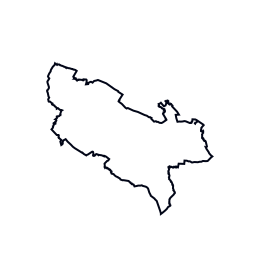 Sanduleni, Bacau, Romania, rotated 62°
{"feature_id": "2599482B49550727652052", "entity_name": "Sanduleni", "entity_type": "district", "adm_level": 2, "iso_a3": "ROU", "parent_name": "Romania", "parent_adm1": "Bacau", "projection": "mercator", "projection_center": [26.744, 46.458], "detail": "fine", "context": "isolated", "style": "outline", "palette": "ink", "viewbox_px": 256, "rotation_deg": 62, "n_neighbors": 0, "source": "geoboundaries", "source_scale": "gbopen_adm2", "svg_char_len": 5823}
<svg xmlns="http://www.w3.org/2000/svg" viewBox="0 0 256 256"><g transform="rotate(62 128 128)"><path d="M65.2,185.0L67.3,185.6L67.6,185.5L68.2,184.4L70.2,183.7L70.9,183.1L71.3,183.2L71.4,183.9L71.5,184.0L72.0,183.8L72.2,183.4L72.7,183.2L73.2,182.9L73.5,182.4L74.7,182.4L75.4,181.9L77.1,181.6L77.5,181.8L77.5,180.6L80.0,179.6L80.9,178.3L81.4,177.9L81.5,178.9L83.6,181.0L84.4,181.2L84.9,181.6L84.6,182.1L84.8,182.6L85.1,183.0L85.1,184.0L84.4,185.0L84.4,185.5L85.8,186.0L86.2,188.1L86.8,187.5L87.7,187.7L88.1,188.2L88.5,189.7L89.0,189.8L89.2,189.5L89.4,189.5L90.1,190.1L89.5,190.8L89.1,190.8L88.8,191.1L88.8,191.4L89.0,191.6L89.4,191.7L89.9,191.4L91.3,193.2L91.3,193.4L91.6,193.4L92.5,194.2L93.3,196.2L100.7,194.2L101.6,192.6L102.1,192.6L103.3,193.6L103.7,193.8L103.8,193.8L103.7,193.5L103.8,193.4L104.8,193.5L107.3,192.5L108.2,194.1L111.7,194.9L111.6,193.9L111.2,193.0L109.5,192.1L108.9,191.2L108.6,190.3L108.6,188.3L111.7,187.7L116.0,186.2L118.6,185.5L120.8,184.5L128.7,179.9L128.6,179.7L130.2,179.2L132.6,177.7L132.4,177.0L132.6,176.0L132.1,170.9L132.3,170.3L132.7,170.1L134.5,170.6L135.0,170.8L135.3,171.4L135.6,171.7L136.3,171.7L136.7,171.1L136.8,170.4L136.1,168.3L137.2,167.1L138.1,166.9L138.0,166.4L139.8,164.0L141.7,162.5L141.3,162.2L141.5,161.9L143.0,160.8L146.6,159.2L147.4,160.7L147.3,162.0L148.4,165.4L151.6,166.7L151.6,167.0L152.4,167.0L152.2,166.4L152.7,165.9L153.7,165.5L153.4,165.1L156.6,163.3L157.2,163.3L157.1,163.6L158.6,162.9L159.2,163.3L159.2,163.8L160.6,163.9L161.9,162.4L163.6,162.0L165.5,161.1L166.5,160.1L167.1,160.0L168.6,158.9L170.0,158.8L171.6,157.3L172.0,156.4L175.1,152.3L176.3,152.0L177.2,151.4L177.9,151.6L178.8,150.7L179.3,151.0L179.7,150.8L180.2,149.9L180.6,149.6L182.6,149.7L183.4,147.2L183.6,146.1L184.6,144.3L185.1,142.7L186.0,142.2L188.2,139.8L189.6,139.0L190.9,138.7L195.1,139.5L197.7,139.5L198.5,139.7L202.8,137.7L203.4,137.7L205.9,136.9L216.2,138.5L218.7,139.0L219.3,139.3L219.0,137.2L218.3,133.9L217.6,131.5L216.7,130.0L216.5,129.2L216.6,128.1L216.4,127.0L216.0,126.8L214.9,127.1L214.4,126.7L213.8,126.9L213.5,126.5L212.7,126.4L212.4,126.0L210.6,125.0L210.5,124.6L210.1,124.4L209.5,123.2L208.3,119.1L207.8,118.1L207.4,117.7L207.5,117.3L207.2,117.0L206.4,116.8L205.5,116.9L205.0,117.1L204.4,116.9L204.2,117.1L203.7,116.7L202.4,116.6L200.2,115.3L199.2,115.5L199.0,115.2L198.7,115.4L198.4,115.1L196.1,114.9L195.7,115.4L195.1,115.3L194.6,115.0L192.3,115.7L191.6,115.1L190.6,115.0L190.2,114.3L189.4,113.7L188.3,113.5L187.8,113.8L187.2,113.7L186.9,113.0L185.9,113.1L185.4,112.8L185.3,112.5L184.8,112.4L184.2,111.5L183.7,111.1L181.5,110.7L181.5,110.0L181.3,109.5L181.5,109.4L182.1,109.8L182.5,109.3L182.3,108.9L182.6,108.8L182.4,108.2L182.9,107.9L183.0,107.5L183.5,107.1L184.0,107.0L184.2,106.7L183.8,105.7L184.6,105.1L184.7,104.8L184.3,104.3L184.4,104.1L185.0,104.2L185.2,104.4L185.4,104.1L185.1,103.9L185.0,103.4L185.6,103.3L185.8,102.8L186.2,102.4L183.3,100.0L186.1,95.2L183.3,93.4L184.5,91.4L185.9,90.2L186.4,89.2L187.0,88.6L188.2,88.0L188.6,87.5L189.2,85.4L191.0,82.4L191.4,80.7L192.2,79.1L192.3,77.3L193.8,74.9L194.4,73.5L194.5,73.1L193.0,68.4L192.7,66.9L191.1,67.6L188.5,68.2L187.0,68.1L183.5,68.5L181.5,68.4L181.7,68.2L181.7,67.6L181.4,67.0L176.3,65.7L175.6,65.8L175.4,66.6L175.1,66.8L173.8,66.9L173.7,66.5L172.6,66.4L172.6,67.0L171.6,67.3L169.6,66.1L168.5,65.7L168.0,64.8L167.4,64.3L167.5,63.9L166.0,63.0L165.7,63.0L165.9,64.0L165.6,64.6L165.1,65.0L164.0,64.5L163.0,63.5L162.4,63.3L161.5,61.3L161.1,59.9L160.6,59.8L154.0,63.3L154.8,63.9L155.1,64.6L155.2,65.4L155.0,66.2L155.6,66.7L155.4,66.8L154.9,66.2L155.1,65.7L155.0,64.6L154.4,63.6L153.9,63.4L152.1,64.5L150.6,67.0L152.5,68.3L152.3,68.9L153.2,69.5L153.2,70.0L152.6,71.1L149.2,73.9L148.3,75.1L148.0,76.4L147.2,78.3L146.4,79.6L145.7,81.4L141.9,80.7L138.8,79.7L140.1,76.8L136.7,77.0L129.7,78.9L129.1,78.2L127.7,78.7L127.1,78.6L126.6,79.0L127.1,79.3L127.1,79.6L126.8,80.3L125.1,81.0L124.7,80.5L124.3,80.6L124.0,80.4L124.0,80.7L123.7,80.8L123.2,79.9L122.7,79.9L122.5,80.1L122.9,80.4L123.3,81.4L123.6,81.3L123.7,81.5L121.9,81.8L121.9,82.3L123.2,82.1L123.9,82.3L125.7,84.3L125.7,85.7L125.4,86.2L121.2,87.1L121.4,87.7L121.2,89.7L123.3,90.1L123.2,90.7L123.3,90.7L123.6,90.2L124.2,90.2L124.8,89.3L125.9,88.8L126.4,88.9L126.9,88.2L127.7,88.0L128.0,87.3L128.7,87.3L128.6,87.5L129.0,87.6L129.1,87.2L129.3,87.3L129.6,88.0L130.0,87.5L130.4,87.4L130.9,87.8L131.1,88.2L131.4,89.9L131.8,90.0L131.8,90.4L131.9,90.5L137.7,90.2L137.8,90.6L138.0,90.6L138.7,90.2L138.9,90.3L139.4,95.0L139.3,96.1L138.2,97.7L136.7,98.6L136.1,99.7L135.1,100.2L134.6,102.0L130.9,103.1L130.1,102.5L129.4,103.2L128.9,103.4L128.7,103.5L128.6,104.1L128.2,104.5L126.0,105.6L124.4,107.2L118.5,111.7L115.2,115.1L110.3,118.8L110.1,120.1L108.7,120.8L103.9,122.1L101.6,123.2L100.2,123.8L99.5,122.6L99.2,122.8L96.0,117.1L91.5,119.6L90.8,119.4L87.4,121.7L78.4,126.2L71.5,132.0L71.2,133.7L70.6,135.7L70.7,136.4L71.3,138.0L69.9,138.9L69.6,139.7L69.7,140.9L69.4,142.1L70.5,142.6L69.7,144.6L68.8,143.7L67.1,142.4L66.1,142.0L65.6,142.1L64.3,144.2L64.7,144.3L65.0,144.8L64.9,145.3L64.2,145.7L62.3,148.4L62.2,148.9L62.4,149.1L62.2,149.4L61.9,149.3L61.7,149.8L61.5,149.7L62.2,150.7L62.0,150.9L61.2,150.9L59.9,151.5L59.7,151.8L59.7,151.5L59.2,151.9L59.1,151.3L58.5,151.8L57.7,151.9L57.6,152.2L57.0,152.2L53.5,146.5L52.1,147.2L51.2,148.1L50.8,148.8L49.9,149.2L49.7,149.7L47.8,151.6L47.2,152.5L45.2,154.4L45.5,154.6L45.3,154.7L44.1,155.3L43.7,155.9L42.5,156.6L41.7,157.6L40.6,158.3L40.6,158.5L39.6,158.9L39.1,159.9L39.0,160.8L38.5,160.8L38.7,161.1L38.4,161.2L37.9,161.7L36.7,162.1L37.9,163.3L38.6,165.6L40.2,168.3L40.9,169.2L41.7,169.7L42.9,172.0L44.8,174.4L46.4,174.5L47.2,174.2L47.7,174.8L48.9,177.0L49.2,177.4L50.2,177.8L54.8,178.6L55.8,179.3L56.8,181.1L56.8,181.7L57.3,182.0L58.2,182.3L58.8,182.2L62.9,183.4L64.1,183.3L65.2,185.0Z" fill="none" stroke="#020617" stroke-width="2"/></g></svg>